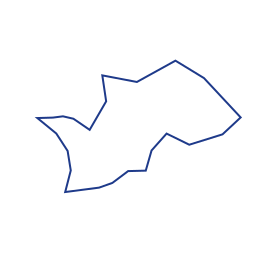 an SVG outline of Saint Peter, rotated 227°
{"feature_id": "ATG-5094", "entity_name": "Saint Peter", "entity_type": "Parish", "adm_level": 1, "iso_a3": "ATG", "parent_name": "Antigua and Barbuda", "parent_adm1": "", "projection": "orthographic", "projection_center": [-61.741, 17.101], "detail": "fine", "context": "isolated", "style": "outline", "palette": "blue", "viewbox_px": 256, "rotation_deg": 227, "n_neighbors": 0, "source": "natural_earth", "source_scale": "10m", "svg_char_len": 432}
<svg xmlns="http://www.w3.org/2000/svg" viewBox="0 0 256 256"><g transform="rotate(227 128 128)"><path d="M96.4,98.7L98.5,79.1L104.1,66.2L124.0,38.4L136.0,57.2L152.4,68.2L172.9,71.8L197.1,68.5L186.8,80.2L180.9,88.4L172.0,94.4L152.8,98.7L162.4,130.2L184.0,145.1L155.6,165.9L144.9,208.6L112.7,217.6L58.9,217.6L58.9,192.8L74.0,161.4L97.6,152.4L95.5,129.9L84.7,111.9L96.4,98.7Z" fill="none" stroke="#1e3a8a" stroke-width="2"/></g></svg>